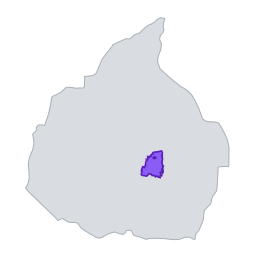 location of Chegutu, Mashonaland West, Zimbabwe, rotated 91°
{"feature_id": "62879985B20095614329171", "entity_name": "Chegutu", "entity_type": "district", "adm_level": 2, "iso_a3": "ZWE", "parent_name": "Zimbabwe", "parent_adm1": "Mashonaland West", "projection": "albers", "projection_center": [30.348, -18.189], "detail": "fine", "context": "in_parent", "style": "filled", "palette": "violet", "viewbox_px": 256, "rotation_deg": 91, "n_neighbors": 0, "source": "geoboundaries", "source_scale": "gbopen_adm2", "svg_char_len": 6035}
<svg xmlns="http://www.w3.org/2000/svg" viewBox="0 0 256 256"><g transform="rotate(91 128 128)"><path d="M189.6,229.4L187.1,227.7L183.6,226.5L179.2,226.0L173.6,226.2L166.5,227.1L159.0,226.0L151.0,222.8L144.3,221.7L136.4,223.1L136.0,223.2L134.6,222.1L132.5,219.8L128.8,219.4L127.8,218.8L127.0,218.0L126.5,216.9L126.3,215.6L126.8,211.8L126.5,211.3L125.5,210.9L123.5,210.4L118.7,208.7L112.7,207.1L102.9,205.3L99.1,204.9L98.2,204.4L97.0,202.9L95.1,198.5L93.3,195.6L89.0,191.2L88.3,189.8L88.5,186.2L88.7,183.3L89.2,180.9L88.9,178.6L88.8,175.7L88.9,173.8L88.3,173.0L86.8,172.4L82.4,172.2L77.1,172.4L76.9,169.5L76.3,165.0L75.3,162.5L74.0,161.1L71.6,159.8L66.6,157.9L59.8,155.2L54.0,151.0L47.3,145.7L45.2,144.8L42.6,139.8L38.7,131.3L38.9,128.4L38.3,127.0L34.6,122.8L33.7,120.7L33.0,118.4L27.1,112.4L25.0,109.7L23.4,106.2L21.9,103.5L20.6,102.4L18.9,100.6L17.7,98.4L17.1,96.8L17.5,94.6L18.0,93.1L23.6,94.5L26.6,94.6L28.9,93.8L31.8,94.7L35.4,97.4L39.2,97.9L43.2,96.0L48.8,96.5L55.8,99.1L61.6,99.6L68.4,96.9L74.5,89.9L80.1,83.3L85.7,75.7L89.1,69.6L94.0,64.7L100.6,60.8L107.4,57.5L117.7,53.5L119.8,50.2L120.4,46.7L120.4,41.8L120.9,38.6L122.0,37.1L123.7,36.0L125.9,34.5L132.8,30.7L138.5,28.3L145.5,26.7L153.2,26.6L160.6,26.6L164.8,26.6L164.9,31.3L165.2,36.7L166.0,37.2L171.6,37.3L180.5,37.7L189.1,38.1L194.5,42.0L196.4,42.8L202.1,43.9L209.3,50.4L218.0,51.1L224.0,53.1L229.3,55.4L232.3,58.1L234.2,58.7L236.9,58.9L238.2,59.2L237.9,61.1L236.1,64.3L236.2,68.9L238.6,75.4L238.8,81.0L237.9,90.8L237.8,100.3L238.0,103.7L238.4,106.0L238.9,107.2L238.8,108.7L237.3,112.6L236.1,116.8L236.0,118.5L235.5,119.7L234.7,120.7L230.9,122.6L230.2,123.8L230.2,126.0L230.6,127.8L232.0,128.5L233.7,129.6L234.4,131.0L234.4,132.4L233.8,135.1L232.2,139.5L233.7,144.6L235.3,147.9L237.6,151.7L238.5,154.1L238.4,155.8L238.1,157.4L234.5,164.3L231.9,168.6L228.8,173.2L224.8,176.1L223.7,177.5L223.3,179.1L223.4,182.5L223.1,186.2L219.6,191.7L221.7,196.6L221.2,197.0L220.1,197.7L215.1,203.0L210.0,208.5L206.4,212.4L202.2,216.9L197.5,222.0L193.5,226.3L189.6,229.4Z" fill="#d9dde1" stroke="#a8b0b8" stroke-width="1"/><path d="M172.6,92.7L172.3,92.6L172.2,92.4L172.0,92.5L171.9,92.4L171.6,92.2L171.5,92.5L171.5,92.9L171.5,92.7L171.4,92.5L171.4,92.3L171.0,92.2L170.8,92.1L170.7,92.1L170.6,92.3L170.6,92.5L170.7,92.9L170.7,93.0L170.6,92.9L170.5,92.7L170.4,92.6L170.3,92.8L170.2,92.7L169.8,92.4L169.8,92.2L169.7,92.2L169.2,92.3L169.3,92.5L169.6,93.0L169.8,93.3L169.6,93.3L169.5,93.1L169.2,93.1L168.9,92.7L168.8,93.1L168.7,93.4L168.5,93.6L168.3,93.3L168.1,92.7L167.3,92.6L167.4,92.4L167.0,92.3L166.7,92.4L166.5,92.2L166.3,92.2L166.2,92.2L165.7,92.3L165.5,92.7L165.2,92.0L164.7,92.5L164.3,92.8L164.0,92.9L163.8,93.1L163.5,93.2L163.3,93.4L163.0,93.3L162.6,93.2L162.4,93.3L162.2,93.5L162.0,93.4L162.0,93.5L161.8,93.4L161.7,93.4L161.4,93.3L161.2,93.2L161.1,93.3L160.9,93.3L160.7,93.4L160.4,93.2L160.2,93.2L160.0,93.3L159.9,93.3L159.9,93.2L159.7,93.1L159.3,93.0L158.8,92.9L158.3,93.0L158.2,92.9L157.9,93.0L157.7,93.0L157.5,93.3L157.4,93.4L157.2,93.5L157.1,93.3L156.9,93.2L156.7,93.1L156.4,93.0L156.2,93.1L155.9,93.2L155.7,93.3L155.6,93.5L155.4,93.4L155.1,93.5L155.1,93.4L154.9,93.3L154.7,93.3L154.7,93.5L154.6,93.4L154.5,93.5L154.4,93.3L154.1,93.2L154.0,93.3L153.9,93.3L153.4,93.2L153.1,93.2L152.9,93.2L152.7,93.2L152.4,93.3L152.2,93.3L152.1,93.2L151.9,93.3L151.7,93.3L151.3,93.5L150.9,93.6L150.8,93.8L150.7,93.8L150.8,94.0L150.7,94.2L150.5,94.3L150.4,94.3L150.4,94.5L150.5,94.5L150.6,94.9L150.5,95.0L150.6,95.4L150.6,95.5L150.8,96.0L150.9,96.8L151.0,96.9L151.2,97.0L151.1,97.3L151.4,97.4L151.4,97.5L151.4,97.8L151.3,98.0L151.2,98.0L151.3,98.4L151.3,98.6L151.2,98.8L151.3,99.0L151.3,99.3L151.5,99.3L151.7,99.7L151.6,99.9L151.8,100.2L151.8,100.4L151.8,100.5L151.6,100.7L151.6,100.9L151.6,101.1L151.6,101.4L151.6,101.6L151.7,101.8L151.9,102.1L152.0,102.3L152.3,102.7L152.4,102.9L152.6,102.9L153.7,102.7L153.7,102.9L153.4,103.3L154.3,104.4L154.5,104.2L155.4,105.1L155.8,104.6L156.0,105.8L156.3,105.5L156.8,106.3L157.0,106.2L157.1,106.6L156.7,107.1L156.2,107.9L159.0,107.7L159.0,109.0L159.1,108.9L159.3,108.7L159.3,108.8L159.5,108.8L159.6,108.7L159.8,108.9L160.0,108.8L160.4,108.8L160.4,109.0L160.5,109.1L160.7,109.3L160.8,109.4L161.8,109.7L163.0,109.8L163.6,109.8L164.4,110.0L164.9,109.6L165.8,110.5L167.1,110.6L166.2,112.4L166.5,112.7L166.8,112.9L167.1,113.0L167.3,112.9L167.4,112.7L167.5,112.8L167.5,113.0L167.8,113.0L168.1,113.1L168.3,113.2L168.3,113.3L168.6,113.3L168.9,113.5L169.1,113.7L169.2,113.8L169.3,113.8L169.3,113.7L169.6,113.8L169.7,113.7L169.8,113.4L170.1,113.4L170.4,113.3L170.5,113.4L170.6,113.5L170.6,113.4L170.8,113.4L171.0,113.3L171.2,113.2L171.5,113.3L171.8,113.4L172.0,113.5L172.3,113.5L172.7,113.6L173.1,113.7L173.2,113.8L173.6,113.9L173.8,113.8L174.1,113.9L174.2,114.0L174.5,114.0L174.8,113.4L175.0,113.1L175.3,112.5L175.3,112.3L175.3,111.9L175.4,111.0L175.5,109.7L175.9,109.4L176.0,109.3L176.0,109.2L175.9,108.9L175.8,108.7L175.6,108.3L175.5,108.2L175.4,108.1L175.3,107.9L175.1,107.8L175.1,107.6L174.8,107.6L174.6,107.4L174.4,107.3L174.4,107.2L174.2,107.2L174.1,106.9L174.0,106.6L173.8,106.5L173.7,106.5L173.7,106.2L173.4,106.0L173.4,105.7L173.4,105.3L173.4,105.2L173.5,105.1L173.4,104.8L173.4,104.7L173.4,104.4L173.5,104.4L173.8,104.2L174.0,104.2L174.1,103.9L174.3,103.8L174.3,103.7L174.5,103.6L174.9,103.3L174.8,103.2L175.0,103.0L175.2,102.6L175.3,102.5L175.3,102.4L175.1,102.4L175.1,102.2L174.8,102.0L174.9,101.9L175.0,101.8L175.0,101.7L175.1,101.4L175.2,101.1L175.2,100.5L175.3,100.5L175.5,100.2L176.0,100.1L176.3,99.9L176.1,99.8L176.1,99.7L176.1,99.3L175.8,98.9L175.9,98.7L175.6,98.3L175.5,98.0L176.8,96.8L176.6,95.7L177.2,95.0L177.2,94.9L176.8,94.9L176.4,95.6L174.9,95.0L174.5,94.5L175.4,93.7L175.2,93.3L174.8,93.3L174.0,94.1L173.5,94.1L172.3,95.2L171.7,94.7L171.3,94.2L172.0,93.1L172.6,92.7ZM157.6,99.7L157.7,99.8L157.7,100.0L157.5,100.3L157.5,100.5L157.8,100.5L158.0,100.6L158.1,100.8L158.2,101.3L157.9,102.1L157.4,102.4L156.9,101.9L156.6,101.5L156.9,101.3L156.3,100.6L157.2,99.8L157.3,99.9L157.6,99.7Z" fill="#8b5cf6" stroke="#5b21b6" stroke-width="1.5"/></g></svg>